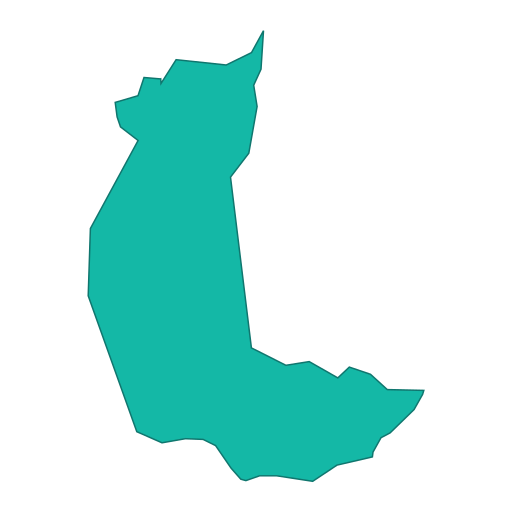 the district of Chowan, North Carolina, United States of America
{"feature_id": "52423323B33793433125252", "entity_name": "Chowan", "entity_type": "district", "adm_level": 2, "iso_a3": "USA", "parent_name": "United States of America", "parent_adm1": "North Carolina", "projection": "robinson", "projection_center": [-76.579, 36.178], "detail": "fine", "context": "isolated", "style": "filled", "palette": "teal", "viewbox_px": 512, "rotation_deg": 0, "n_neighbors": 0, "source": "geoboundaries", "source_scale": "gbopen_adm2", "svg_char_len": 683}
<svg xmlns="http://www.w3.org/2000/svg" viewBox="0 0 512 512"><path d="M115.2,102.4L117.1,116.9L120.5,126.9L138.1,140.5L90.4,228.5L88.2,295.8L136.8,431.7L162.0,442.8L185.4,438.7L203.1,439.4L215.6,445.6L231.1,468.2L240.8,479.2L245.9,480.6L259.6,475.8L276.7,475.8L312.7,481.3L337.0,465.1L372.4,456.9L373.0,452.1L381.0,437.7L390.1,432.9L414.1,409.5L422.6,394.4L423.8,390.4L387.3,389.6L370.5,374.3L349.3,367.1L337.8,377.9L309.2,361.6L285.9,365.3L251.4,347.9L230.5,177.1L248.8,153.2L257.1,106.5L253.7,85.2L261.0,69.2L263.5,30.7L251.5,52.6L226.2,65.0L176.1,59.7L161.0,83.5L160.7,78.8L160.4,78.9L144.0,77.5L138.0,95.7L115.2,102.4Z" fill="#14b8a6" stroke="#0f766e" stroke-width="1.5"/></svg>